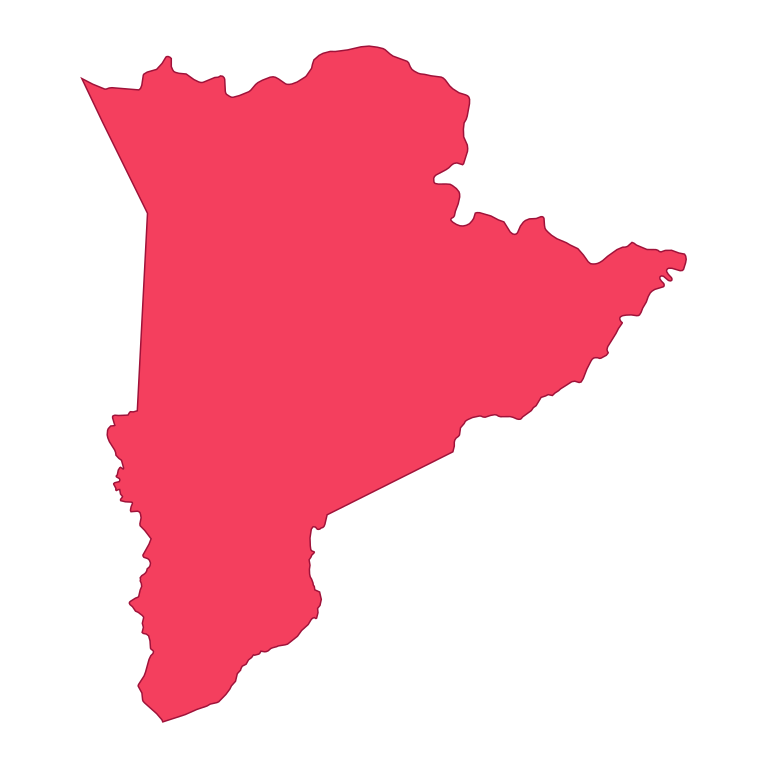 the district of Alauca, El Paraíso, Honduras, rotated 90°
{"feature_id": "27666195B40096098220117", "entity_name": "Alauca", "entity_type": "district", "adm_level": 2, "iso_a3": "HND", "parent_name": "Honduras", "parent_adm1": "El Paraíso", "projection": "orthographic", "projection_center": [-86.676, 13.853], "detail": "fine", "context": "isolated", "style": "filled", "palette": "rose", "viewbox_px": 768, "rotation_deg": 90, "n_neighbors": 0, "source": "geoboundaries", "source_scale": "gbopen_adm2", "svg_char_len": 6059}
<svg xmlns="http://www.w3.org/2000/svg" viewBox="0 0 768 768"><g transform="rotate(90 384 384)"><path d="M77.1,326.8L75.8,336.9L74.4,343.3L73.9,347.5L73.2,349.9L71.3,353.5L69.5,356.0L66.9,357.7L62.8,359.4L61.3,360.9L56.1,375.0L54.0,378.0L49.7,382.9L48.6,384.9L47.2,390.7L46.1,398.9L46.8,406.9L49.9,420.3L51.5,432.7L51.4,437.7L53.3,444.9L55.3,448.8L59.9,454.1L64.1,455.5L68.3,456.4L76.0,461.7L77.1,463.0L82.0,470.8L84.0,476.1L84.4,478.8L84.3,481.1L83.8,482.5L79.0,489.4L77.3,492.5L76.8,494.9L77.2,497.9L80.2,505.6L82.6,510.1L84.5,512.4L90.2,517.2L91.7,519.1L95.6,528.7L97.3,535.0L97.2,536.6L96.3,538.5L94.4,541.4L93.3,542.2L91.3,542.7L79.2,543.3L77.7,543.9L76.3,545.3L75.9,547.5L77.2,549.7L77.5,553.2L82.4,565.1L82.5,567.1L81.9,569.3L79.6,574.0L74.0,581.8L73.3,589.1L72.4,592.5L71.5,594.2L69.9,595.3L66.6,596.7L58.5,596.7L57.2,598.1L56.5,599.9L56.6,601.3L57.1,602.1L63.4,605.9L69.4,611.4L72.1,620.8L74.1,624.1L75.1,624.7L85.2,626.2L88.5,627.5L89.9,629.2L87.7,656.0L88.0,658.8L89.1,661.9L89.1,663.2L84.2,675.2L78.5,686.2L122.6,665.2L213.3,620.5L410.8,630.7L411.9,634.7L411.7,637.6L412.4,638.4L415.1,640.1L415.5,649.5L415.2,653.1L415.8,654.9L416.6,655.4L417.9,655.4L425.4,653.2L425.7,654.0L426.0,657.3L428.6,659.7L430.3,660.4L434.9,660.8L437.8,660.2L441.7,658.6L450.1,653.3L452.5,652.4L455.3,652.0L458.4,649.1L460.3,646.5L467.9,644.4L468.7,644.5L469.0,644.9L467.3,647.5L467.7,648.2L470.0,649.7L474.8,650.7L476.1,651.8L476.9,651.5L478.6,648.6L480.0,648.1L481.6,648.7L482.7,653.2L483.6,654.3L484.2,654.3L488.4,652.1L490.0,652.2L490.5,651.6L489.6,649.6L489.5,648.3L494.0,647.5L496.5,645.5L497.2,645.7L499.3,647.4L500.1,647.5L500.7,647.2L501.8,642.6L502.1,636.7L502.5,635.7L503.6,635.6L506.5,636.8L509.1,637.4L510.7,637.5L511.7,637.0L511.2,630.5L511.7,629.1L512.5,628.1L514.2,627.5L517.8,626.9L523.8,628.1L525.7,627.9L530.4,623.3L538.8,616.9L544.2,619.0L555.1,625.1L556.2,624.9L557.3,624.1L558.6,620.3L560.2,618.6L563.0,617.5L565.5,617.9L567.1,618.8L568.8,620.8L571.2,621.4L572.8,622.4L574.0,623.7L575.7,626.3L577.7,627.8L579.7,627.5L580.9,627.8L583.3,626.7L586.4,626.3L590.0,627.8L596.4,629.3L597.3,630.2L598.1,632.5L601.2,637.4L602.1,638.4L603.1,638.7L604.6,638.0L606.7,635.5L611.1,632.5L612.3,629.9L615.4,625.8L616.9,624.5L617.7,624.4L623.3,625.7L627.3,624.6L632.4,625.9L633.4,624.8L634.1,621.6L635.8,619.4L640.8,618.0L648.2,617.5L649.3,616.8L650.5,615.1L651.7,614.5L653.5,615.0L655.7,617.2L659.5,619.0L672.2,622.5L675.9,623.9L684.1,629.2L685.3,629.8L686.2,629.8L693.0,626.1L699.8,625.4L701.2,624.9L702.8,623.5L713.7,611.3L719.8,606.1L721.9,605.2L714.6,582.8L709.5,571.3L706.0,561.0L704.1,557.8L702.6,551.1L701.8,549.3L694.4,542.1L689.0,538.1L685.9,536.6L681.3,532.5L673.7,530.7L670.1,527.4L669.0,527.2L666.2,525.8L664.2,521.9L659.9,519.5L657.4,516.3L654.9,514.6L655.2,513.4L654.1,509.2L653.4,508.3L651.2,507.1L651.8,503.3L651.6,501.7L650.8,499.8L648.5,497.2L647.7,495.2L646.7,491.4L645.9,489.6L644.8,482.8L644.1,480.4L636.2,470.5L630.5,466.4L624.5,459.8L620.0,457.1L618.3,455.6L617.6,453.7L618.5,452.1L618.1,451.4L612.7,450.0L608.4,450.4L605.4,448.0L599.4,446.7L592.0,448.4L589.8,453.2L586.4,453.7L585.0,454.7L582.9,455.0L579.2,456.4L576.8,457.8L574.0,458.4L569.4,458.6L565.2,458.0L559.8,458.9L557.2,457.1L555.1,456.2L553.1,454.1L552.2,453.7L551.7,454.0L551.1,455.9L549.7,457.2L546.0,457.7L538.0,458.0L529.2,456.7L526.9,455.1L526.7,454.5L527.1,452.5L529.2,450.7L529.4,449.8L529.1,448.2L527.9,446.7L527.5,445.2L526.4,444.0L524.3,443.1L514.8,440.9L451.8,315.1L446.1,313.7L442.2,313.7L440.1,313.2L438.1,311.9L436.3,309.5L434.9,308.5L427.8,307.5L423.6,303.9L421.2,302.6L419.7,300.4L417.5,295.5L416.0,288.5L416.1,287.0L417.0,284.9L417.2,282.8L415.4,277.3L414.7,273.3L415.0,271.4L416.1,269.6L416.7,267.5L416.6,257.8L417.3,255.0L419.0,251.0L419.3,249.2L419.2,247.7L418.6,246.7L417.0,245.5L410.6,236.7L407.6,234.6L405.7,231.9L397.4,226.9L395.9,222.3L394.6,219.9L395.5,215.6L393.0,213.0L390.7,209.4L388.9,207.5L381.7,196.2L381.2,193.2L382.5,188.9L382.0,186.9L378.6,184.8L369.0,181.1L361.0,177.0L359.2,175.8L358.1,174.4L357.7,172.9L357.7,170.5L358.4,168.3L358.1,166.9L355.3,161.7L353.2,160.0L352.6,159.8L351.2,160.6L349.4,161.0L346.7,160.3L333.4,152.0L328.6,149.6L323.3,145.9L322.6,145.8L321.5,147.1L319.3,148.2L318.0,148.2L316.9,147.6L315.7,145.5L315.1,141.8L314.9,136.7L315.7,131.2L315.5,129.5L314.9,128.5L312.3,126.9L308.1,125.3L302.0,121.7L296.6,119.8L292.8,117.7L291.0,115.8L289.4,113.2L286.8,104.7L286.3,104.1L285.0,103.8L283.6,104.2L281.0,106.7L278.9,108.1L277.5,108.2L276.6,107.8L275.9,106.5L276.3,104.5L280.2,99.9L280.7,98.9L280.9,97.2L280.2,96.2L279.0,96.0L277.7,96.5L274.3,99.7L271.7,101.3L270.1,101.4L268.7,100.4L268.2,99.1L268.3,96.0L270.7,87.9L270.5,85.7L269.5,84.5L262.8,82.4L259.3,81.8L256.1,82.3L254.1,83.5L253.0,89.1L250.3,96.4L250.4,102.7L251.9,107.0L251.5,108.6L250.3,110.1L249.6,112.2L249.5,121.0L245.1,131.5L243.2,134.0L242.4,136.0L246.4,140.5L247.1,142.7L247.2,145.4L249.6,151.0L256.3,160.4L260.6,165.3L262.4,168.1L263.4,170.4L263.9,172.6L264.0,175.1L263.7,177.4L261.8,179.8L255.0,184.6L248.7,190.1L244.9,198.0L242.8,201.5L238.7,211.2L235.3,216.4L232.3,219.8L230.1,221.9L228.3,223.0L225.5,223.5L218.4,224.0L217.3,224.6L216.7,225.7L216.7,227.1L218.5,231.7L218.9,238.7L220.5,242.6L222.1,244.6L226.1,247.6L232.8,250.5L233.9,251.7L234.4,253.2L233.9,255.4L232.0,257.8L221.9,264.1L219.9,269.6L216.0,277.0L212.7,288.3L212.6,291.0L213.1,292.7L218.3,294.3L220.7,295.8L223.7,298.5L225.3,301.7L226.0,305.0L225.8,308.0L224.5,311.5L222.2,315.2L220.4,317.0L219.4,317.2L218.3,316.5L217.2,314.6L215.8,313.6L211.2,312.6L203.8,309.8L197.0,308.3L193.9,308.4L191.9,309.0L188.6,311.6L185.6,315.5L184.3,317.9L184.0,322.1L184.1,329.6L183.5,332.7L182.9,333.5L181.8,334.1L178.3,334.3L176.5,333.5L174.9,331.8L169.6,321.8L167.8,319.2L165.1,316.5L163.5,314.2L162.9,311.1L164.7,305.4L163.7,304.4L151.3,300.5L148.6,300.3L145.0,300.7L136.9,304.3L129.2,304.6L122.9,303.9L119.3,301.8L116.2,300.8L103.7,298.5L99.4,298.4L97.2,299.1L95.8,300.4L94.9,302.3L92.8,309.0L88.8,315.2L85.9,318.3L80.0,322.7L78.1,324.7L77.1,326.8Z" fill="#f43f5e" stroke="#9f1239" stroke-width="1.5"/></g></svg>